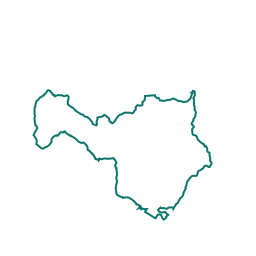 outline of Lapugiu De Jos, Hunedoara, Romania, rotated 129°
{"feature_id": "2599482B98896548530240", "entity_name": "Lapugiu De Jos", "entity_type": "district", "adm_level": 2, "iso_a3": "ROU", "parent_name": "Romania", "parent_adm1": "Hunedoara", "projection": "albers", "projection_center": [22.473, 45.86], "detail": "fine", "context": "isolated", "style": "outline", "palette": "teal", "viewbox_px": 256, "rotation_deg": 129, "n_neighbors": 0, "source": "geoboundaries", "source_scale": "gbopen_adm2", "svg_char_len": 5839}
<svg xmlns="http://www.w3.org/2000/svg" viewBox="0 0 256 256"><g transform="rotate(129 128 128)"><path d="M198.2,182.0L197.8,181.4L196.7,180.7L194.7,180.0L193.1,179.0L191.1,178.5L187.3,178.6L186.3,179.0L186.2,179.2L186.4,179.3L185.9,179.7L184.4,180.5L182.8,180.5L181.0,180.2L179.7,179.6L179.1,179.0L178.8,178.5L178.7,178.7L178.3,178.6L178.3,178.3L178.0,178.3L177.3,177.8L176.1,177.5L175.4,177.8L173.9,177.7L173.5,177.5L172.7,176.5L172.6,175.9L172.5,175.7L171.8,175.4L171.4,175.5L171.2,175.2L170.6,175.1L170.3,174.8L170.8,173.6L170.8,170.9L170.5,169.1L170.6,168.5L170.4,168.3L170.3,167.6L169.9,167.6L170.0,167.0L169.6,165.2L169.7,164.7L169.5,164.1L169.5,163.2L169.4,162.5L169.3,160.4L169.6,160.0L169.7,159.4L169.7,157.2L169.4,156.6L169.0,155.0L168.8,154.5L168.2,154.3L167.3,153.3L167.2,152.2L167.5,151.1L167.3,150.3L167.6,149.0L168.0,148.7L168.1,147.9L168.8,147.0L170.1,146.0L170.3,145.4L170.2,144.3L169.9,144.1L170.1,143.5L169.9,142.8L170.4,142.1L170.3,140.4L170.6,140.1L170.5,139.9L170.6,139.6L170.4,139.2L170.6,138.5L170.6,138.2L170.8,138.1L170.8,137.5L171.0,137.2L171.0,136.9L171.6,135.9L171.8,135.4L171.7,135.2L172.0,135.0L172.0,134.5L172.5,134.0L172.2,133.5L172.4,133.2L171.9,132.4L171.9,132.0L171.6,131.7L171.3,130.8L171.6,130.4L171.1,130.4L170.3,131.2L169.7,131.0L169.5,130.0L168.7,128.7L167.6,128.1L166.2,126.8L165.7,125.8L163.5,122.9L162.6,122.3L160.5,120.1L160.8,119.8L161.0,119.3L161.0,117.7L161.4,117.2L162.2,115.2L162.5,114.9L165.5,114.4L165.9,113.2L166.0,113.1L166.1,112.8L166.4,112.7L166.4,112.3L166.7,112.2L166.8,111.8L166.6,111.4L167.8,110.9L168.6,109.5L170.0,108.4L171.2,107.1L171.7,106.8L173.1,106.3L174.2,105.6L175.0,104.9L175.8,103.3L179.1,101.5L180.1,101.1L182.1,99.9L183.5,98.8L184.6,97.2L185.5,96.6L186.9,94.6L186.1,90.4L185.3,89.4L185.2,88.9L185.6,88.0L184.8,87.5L182.3,84.9L181.4,83.0L181.4,81.7L181.0,80.0L181.2,78.6L181.1,77.3L181.4,74.9L182.1,73.3L181.4,72.3L181.0,70.5L180.8,69.1L181.3,68.4L181.6,68.5L181.7,69.0L182.5,69.2L183.6,69.2L182.0,68.3L182.0,67.8L182.6,67.4L182.9,66.6L181.7,66.5L181.5,66.2L180.9,64.1L180.3,63.8L179.1,62.4L182.5,61.9L182.4,60.6L182.1,59.6L180.9,49.9L180.4,49.7L178.6,50.2L176.4,50.1L175.6,49.5L174.7,47.8L176.4,44.4L176.7,42.5L173.7,41.8L173.2,42.6L170.2,42.0L170.3,44.4L170.1,45.4L169.7,46.1L172.3,48.4L173.1,49.8L173.4,50.6L173.2,52.4L172.9,52.8L172.3,53.2L169.2,52.6L169.2,51.8L169.1,51.5L168.3,50.2L168.0,50.2L167.4,49.2L166.6,47.2L166.1,46.8L164.4,46.5L162.6,44.6L161.6,42.8L161.6,42.4L162.1,41.9L159.5,42.4L158.3,42.3L157.2,42.8L156.4,42.6L155.2,42.1L153.9,42.3L152.9,42.7L150.9,42.9L149.9,43.3L148.1,42.8L145.6,42.9L143.5,43.9L143.4,44.1L138.6,45.1L138.0,46.0L135.8,46.5L135.2,47.0L134.5,47.2L133.3,47.9L131.5,48.3L129.3,48.2L128.3,48.5L125.4,48.1L124.5,47.7L123.8,46.9L123.1,45.7L121.6,44.5L119.3,45.3L118.7,45.9L117.4,46.2L116.6,46.0L115.6,45.4L113.6,44.8L112.3,44.2L109.5,44.7L108.1,43.6L107.6,42.7L107.5,40.8L107.1,40.1L106.2,40.0L105.1,40.4L103.9,40.4L103.2,40.6L102.6,40.9L102.2,42.2L102.1,42.9L101.4,44.0L99.4,45.2L99.1,46.2L98.7,46.5L96.7,48.6L95.9,49.1L96.3,50.2L96.3,51.0L96.0,51.8L95.4,52.6L94.6,53.0L94.1,53.5L93.3,55.2L93.2,55.8L93.4,56.1L93.5,56.7L93.8,56.4L94.1,56.7L93.3,57.4L93.3,57.5L93.5,57.6L93.2,58.0L93.3,58.2L92.8,58.7L93.2,60.0L93.4,62.6L93.1,66.1L92.8,66.9L92.2,67.6L92.0,68.5L91.5,68.8L91.2,69.8L91.5,71.5L91.9,72.0L92.3,73.1L92.3,73.5L91.8,74.4L90.7,75.4L89.4,76.9L87.8,77.5L86.0,77.4L85.6,77.6L85.2,78.4L85.1,80.6L84.5,81.3L80.7,82.1L79.9,82.8L78.0,82.8L76.6,83.1L76.0,83.4L75.0,84.2L73.7,84.6L72.7,85.7L71.6,88.1L69.6,89.4L68.8,90.9L68.0,91.7L67.0,92.2L66.3,93.4L64.7,94.2L63.7,96.0L60.4,96.6L59.6,97.3L58.7,98.4L57.7,99.2L58.3,100.9L59.3,100.5L59.8,100.7L60.1,100.5L60.6,100.8L60.5,100.1L60.6,99.9L66.0,98.0L66.6,98.2L70.1,98.6L71.6,100.1L72.5,100.6L72.9,101.3L74.0,104.0L75.1,105.3L75.6,107.2L75.8,108.8L76.1,109.4L76.1,109.7L76.7,111.5L79.9,113.1L80.8,114.6L81.9,115.2L84.6,117.4L85.5,119.3L86.4,120.2L86.4,120.9L85.4,122.7L85.6,123.6L86.6,124.3L86.3,126.2L86.4,126.9L85.6,127.7L92.4,134.9L93.3,134.1L94.4,133.6L95.3,132.8L95.8,132.6L96.9,132.7L98.9,133.2L99.5,132.4L100.9,131.3L101.4,131.4L102.7,132.3L103.4,133.2L103.5,133.6L104.2,134.9L104.6,135.1L105.6,135.0L106.3,135.2L107.2,135.0L107.8,134.6L108.4,133.7L108.6,133.6L111.2,133.8L112.1,133.5L112.9,133.5L114.0,134.0L114.2,134.8L115.2,136.6L117.4,139.2L117.7,139.8L119.8,141.0L121.2,141.4L123.0,142.7L124.4,143.1L127.7,143.0L130.2,142.6L132.2,142.8L132.8,142.6L134.3,143.2L134.5,143.9L134.1,145.1L134.5,146.3L134.3,146.9L132.4,148.8L132.6,149.8L132.4,152.4L132.7,154.8L134.6,154.9L136.4,156.0L137.3,156.9L139.3,158.3L140.5,157.1L142.2,156.7L143.1,156.3L144.4,154.7L145.8,154.2L146.3,155.1L146.4,155.7L147.0,158.1L146.3,159.0L145.9,160.2L145.9,160.5L145.6,161.2L145.5,162.3L145.1,163.1L145.2,165.2L145.0,166.4L145.6,167.3L146.3,169.3L146.2,170.4L146.0,171.2L146.2,172.0L147.1,173.5L146.9,175.0L147.3,176.7L147.5,179.3L147.2,180.4L147.3,180.8L146.9,183.7L147.4,184.4L147.3,185.8L147.6,187.8L147.4,188.8L147.5,189.5L147.2,190.0L146.3,190.5L145.1,191.8L142.8,192.5L141.7,193.3L141.0,194.0L140.8,195.4L141.2,196.2L142.5,196.8L143.6,197.8L143.9,198.6L144.1,200.1L145.0,200.9L145.6,201.7L146.1,202.8L146.6,203.3L147.4,203.6L148.2,204.3L149.5,204.9L149.2,205.8L148.8,206.1L148.9,206.4L149.3,206.9L149.5,207.8L148.7,208.6L148.6,209.8L148.7,210.6L148.5,210.9L148.1,212.1L148.8,213.5L149.2,214.0L149.6,214.1L152.9,213.7L154.9,214.3L155.6,213.8L156.2,214.4L158.8,215.0L159.6,215.6L162.6,215.5L164.4,216.0L165.1,216.0L166.7,215.1L167.6,214.9L169.5,213.6L170.9,213.4L173.9,211.1L176.5,208.9L177.1,207.9L177.5,207.5L179.5,206.8L181.4,204.5L182.7,203.6L183.4,202.1L184.2,201.7L184.3,199.8L185.1,198.4L187.7,197.9L189.4,197.9L193.0,196.9L193.2,195.6L194.3,192.6L195.2,191.0L197.0,189.7L198.3,189.0L198.1,186.4L198.3,184.0L198.2,182.5L198.2,182.0Z" fill="none" stroke="#0f766e" stroke-width="2"/></g></svg>